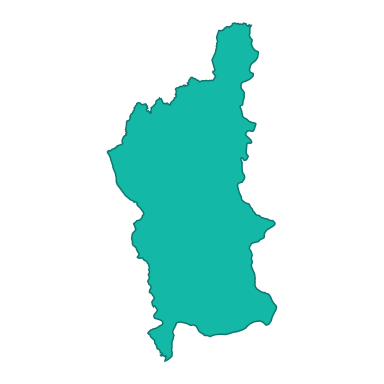 outline of Bawku West, Upper East, Ghana
{"feature_id": "2480657B35637781657714", "entity_name": "Bawku West", "entity_type": "district", "adm_level": 2, "iso_a3": "GHA", "parent_name": "Ghana", "parent_adm1": "Upper East", "projection": "albers", "projection_center": [-0.469, 10.843], "detail": "fine", "context": "isolated", "style": "filled", "palette": "teal", "viewbox_px": 384, "rotation_deg": 0, "n_neighbors": 0, "source": "geoboundaries", "source_scale": "gbopen_adm2", "svg_char_len": 5988}
<svg xmlns="http://www.w3.org/2000/svg" viewBox="0 0 384 384"><path d="M264.5,218.5L260.7,217.1L259.5,215.6L257.2,215.2L255.6,214.4L254.9,213.0L252.7,210.5L252.3,209.0L250.6,207.1L249.3,204.4L248.6,203.8L245.5,203.0L241.9,200.0L241.5,199.0L241.3,196.9L239.1,192.3L237.4,185.3L238.0,184.0L238.9,183.0L242.1,182.2L244.1,179.3L244.7,177.5L244.3,175.3L242.8,173.0L242.3,171.5L242.0,167.4L242.1,162.6L240.9,159.6L240.9,158.6L241.3,157.8L242.0,157.8L242.7,158.2L243.5,159.8L244.7,160.5L246.3,159.8L247.2,158.6L248.3,156.2L246.9,154.6L246.1,152.6L246.8,144.5L247.1,143.7L247.9,143.2L248.8,143.0L250.7,143.3L251.7,142.3L251.6,141.5L250.6,139.7L245.8,135.2L245.8,133.5L246.6,131.8L248.0,130.9L249.5,130.8L252.4,131.4L253.5,130.8L254.2,129.5L255.9,124.0L255.2,123.2L251.5,122.3L248.8,121.2L246.8,119.2L243.3,117.4L242.7,116.3L241.5,110.5L240.0,106.8L240.3,105.9L242.3,105.0L242.8,104.0L242.9,101.7L244.1,97.8L244.2,92.6L243.5,91.2L241.3,88.5L241.0,85.8L241.1,84.1L241.8,83.0L243.2,81.9L245.3,81.4L249.6,79.3L252.2,77.1L253.3,75.5L253.3,73.9L252.9,73.3L250.9,72.7L249.9,71.7L249.5,69.8L250.3,66.1L251.4,63.9L255.5,60.6L257.5,57.7L258.4,52.6L258.2,51.8L255.1,50.4L253.3,48.4L252.1,46.3L251.5,44.2L251.5,42.4L252.0,41.5L252.1,39.8L250.1,37.4L249.3,35.0L249.9,32.8L249.8,28.1L251.3,25.4L249.4,25.3L249.1,24.8L248.6,25.5L248.7,26.0L248.3,25.8L248.0,26.0L246.3,25.0L245.9,23.7L245.4,23.8L244.0,23.1L243.4,23.3L243.3,24.0L242.3,24.4L240.8,24.0L239.3,24.5L238.7,23.6L238.2,23.9L237.5,23.4L236.5,24.0L235.5,23.3L234.5,23.0L232.9,23.7L232.5,23.6L232.0,25.4L230.3,26.6L230.1,26.4L229.5,26.7L229.0,27.3L228.3,26.8L226.9,26.6L226.6,27.3L225.3,27.5L225.2,27.9L224.0,29.0L223.9,29.5L223.0,29.7L222.8,30.3L220.4,30.9L219.9,30.4L218.8,30.6L216.7,36.9L216.8,38.6L217.6,41.4L217.5,42.2L216.7,43.4L216.9,44.5L216.3,46.4L216.8,47.4L216.2,48.6L215.4,52.6L212.0,59.9L214.9,70.1L214.0,71.1L213.0,71.4L212.7,72.2L215.6,76.4L213.1,80.4L209.5,80.5L207.8,80.9L206.4,80.4L204.8,80.8L202.5,80.7L199.5,81.8L198.3,80.4L197.0,80.3L195.3,78.8L193.1,78.2L192.3,77.4L191.0,77.5L189.0,80.2L188.6,82.3L187.4,83.1L188.6,84.5L188.3,84.9L185.2,86.3L185.0,85.3L183.5,85.3L182.4,86.5L179.9,86.5L178.6,87.7L176.5,88.0L175.8,88.6L175.5,89.4L176.5,91.4L176.0,92.6L176.0,94.0L175.4,94.7L176.2,95.3L176.0,97.2L174.5,97.9L174.1,99.5L170.5,103.1L170.3,105.1L169.3,104.8L167.2,103.2L167.1,103.9L164.7,103.4L163.4,103.6L161.7,100.0L161.6,99.2L161.1,98.7L159.8,98.6L159.5,98.2L159.3,99.0L157.9,99.5L156.0,101.3L155.9,103.2L155.6,103.8L152.7,106.7L151.1,107.8L151.4,108.9L150.9,111.1L151.3,112.4L150.7,113.4L149.8,112.0L149.3,112.4L149.0,112.3L148.4,111.0L147.9,111.3L146.9,110.9L146.5,109.1L147.7,108.2L147.3,107.9L147.3,106.1L146.2,105.7L146.3,104.6L145.9,104.1L145.4,103.9L142.5,104.7L141.4,104.4L140.2,103.1L138.4,102.7L136.7,103.6L136.7,104.6L135.5,106.0L135.0,107.4L134.2,107.8L134.4,109.2L134.1,110.1L133.1,111.4L132.7,112.9L131.1,114.2L130.3,115.9L129.9,116.9L130.5,117.4L129.2,120.4L127.2,120.9L126.6,121.8L126.4,126.0L125.6,129.5L126.1,130.1L125.8,131.6L126.8,132.4L125.7,134.0L126.4,134.9L126.3,135.2L124.9,135.6L123.4,137.0L122.8,138.8L122.3,139.6L122.1,141.4L122.6,142.8L122.4,143.9L120.7,144.8L117.2,145.8L116.8,147.0L115.2,147.6L114.8,148.5L111.9,149.4L110.5,150.9L109.8,151.0L109.1,150.5L108.7,150.6L108.2,150.9L108.0,151.7L107.5,151.8L107.6,152.9L108.6,154.0L110.5,158.0L110.6,159.0L112.8,165.6L113.0,167.7L115.3,173.2L116.2,177.5L116.4,182.3L117.5,184.9L125.8,196.0L126.5,196.3L130.3,199.7L133.2,200.9L134.2,202.3L135.1,201.8L135.7,201.9L137.2,203.2L137.5,203.7L137.1,204.1L137.1,205.0L140.9,208.8L142.0,210.5L142.6,210.8L143.7,213.3L143.7,214.4L142.5,215.5L142.1,217.3L141.2,218.7L140.0,219.9L136.7,220.8L135.6,222.2L133.7,223.6L133.9,224.5L135.0,226.7L135.0,227.6L135.7,228.3L135.7,229.4L135.5,230.3L133.0,232.8L132.3,234.1L131.6,238.6L132.5,241.6L132.4,243.6L132.9,245.1L135.9,247.6L136.5,248.8L136.6,249.7L139.2,254.5L137.3,257.2L138.9,258.3L142.4,257.9L142.9,258.1L143.3,259.2L144.4,260.4L145.7,260.8L147.1,262.0L147.3,262.8L148.4,264.0L149.4,267.6L148.7,269.9L149.4,271.2L149.4,273.1L148.3,274.4L149.3,277.2L149.3,278.2L147.7,281.2L149.0,284.4L150.5,285.5L151.0,286.8L150.9,288.0L149.7,290.0L149.4,292.2L149.9,292.8L150.6,292.8L151.7,293.8L154.3,297.5L154.2,298.5L151.8,302.0L152.5,305.1L153.5,306.8L154.1,306.0L154.8,306.0L157.4,309.9L157.1,311.1L154.2,314.7L153.9,316.9L154.9,318.3L159.7,319.7L161.6,320.6L162.2,321.3L162.9,323.0L162.2,324.7L159.8,325.8L157.4,327.5L155.6,328.4L153.4,328.9L150.5,330.2L148.4,332.2L147.9,333.4L148.3,333.9L149.8,334.4L150.7,336.9L154.4,340.3L154.7,341.1L154.7,342.8L156.5,345.8L157.3,348.8L158.7,349.2L160.0,350.6L160.4,352.8L162.2,353.4L162.5,354.3L162.3,354.6L160.5,355.1L160.7,355.7L161.6,355.9L162.9,355.0L164.3,356.4L165.8,356.0L166.1,356.2L165.0,361.0L167.5,359.9L170.5,357.6L172.0,356.0L172.1,352.3L171.5,349.5L171.9,348.3L172.0,341.7L172.6,340.5L173.9,335.4L172.6,332.3L173.0,330.5L175.8,325.1L175.6,324.3L176.0,324.2L177.0,322.6L178.9,322.1L180.8,322.0L187.6,323.7L189.9,325.1L191.2,325.3L193.2,324.9L195.4,325.7L196.4,326.4L198.5,330.4L199.6,331.9L202.2,333.6L203.0,333.8L203.7,334.8L204.8,335.5L208.1,335.6L209.8,336.6L214.9,334.7L220.6,334.2L225.6,334.5L229.2,333.6L233.0,332.3L237.5,331.5L242.1,330.0L245.5,328.1L248.0,325.5L250.2,323.7L254.3,321.7L259.1,321.0L260.8,321.1L263.4,322.5L266.0,325.1L268.7,324.3L270.4,321.9L271.1,320.9L272.1,317.3L272.9,315.5L276.3,308.9L276.5,306.6L275.8,305.5L273.2,302.6L271.4,299.1L270.8,297.3L269.1,294.6L268.3,294.0L266.5,293.7L264.7,292.5L262.7,292.5L259.6,290.9L256.7,288.7L255.6,287.1L254.9,285.1L255.1,281.7L254.8,280.3L255.2,278.7L254.5,273.7L252.3,268.8L251.2,265.5L252.3,262.4L252.3,261.2L251.3,259.4L251.7,256.7L252.2,255.2L251.1,251.5L249.7,249.5L249.4,248.4L249.7,246.5L251.9,243.2L258.5,241.5L260.4,239.4L262.4,238.7L263.7,237.8L264.3,237.1L264.3,233.7L266.5,230.2L272.8,226.3L273.9,225.5L274.9,224.3L275.0,223.2L274.6,222.5L272.8,220.6L270.0,220.5L267.4,219.0L264.5,218.5Z" fill="#14b8a6" stroke="#0f766e" stroke-width="1.5"/></svg>